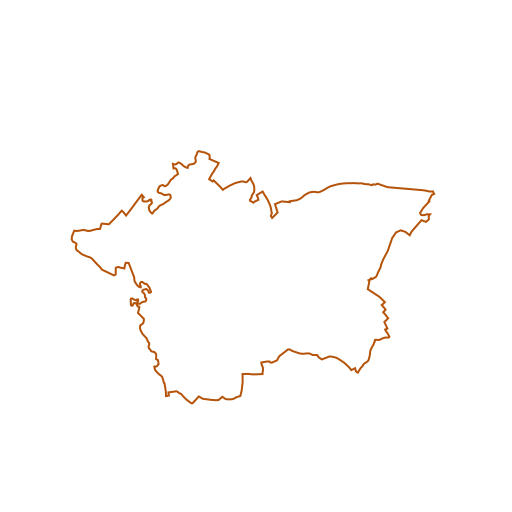 Secuieni, Harghita, Romania (orthographic projection), rotated 131°
{"feature_id": "2599482B24162569897100", "entity_name": "Secuieni", "entity_type": "district", "adm_level": 2, "iso_a3": "ROU", "parent_name": "Romania", "parent_adm1": "Harghita", "projection": "orthographic", "projection_center": [24.945, 46.276], "detail": "fine", "context": "isolated", "style": "outline", "palette": "amber", "viewbox_px": 512, "rotation_deg": 131, "n_neighbors": 0, "source": "geoboundaries", "source_scale": "gbopen_adm2", "svg_char_len": 6136}
<svg xmlns="http://www.w3.org/2000/svg" viewBox="0 0 512 512"><g transform="rotate(131 256 256)"><path d="M290.9,138.5L283.6,134.6L281.9,132.3L280.1,128.6L279.3,124.4L278.7,119.5L278.9,112.8L279.6,109.2L275.7,107.6L277.4,105.1L277.5,103.5L277.0,102.5L275.4,103.0L271.8,103.5L269.0,103.4L266.9,103.8L262.3,102.7L261.0,102.7L258.5,103.8L255.7,105.3L253.3,107.1L251.6,107.9L248.7,108.7L245.3,109.3L244.2,110.0L242.8,110.1L241.8,111.0L241.1,111.1L238.4,107.8L235.8,106.8L232.5,104.8L231.4,103.3L230.6,102.5L229.7,102.2L229.4,102.4L227.8,106.5L227.4,108.9L226.8,110.3L224.6,109.2L222.6,113.6L221.7,115.7L221.3,115.9L219.0,115.5L216.2,115.5L215.7,118.4L215.4,119.6L215.0,123.1L211.5,123.0L211.0,125.4L210.5,129.0L208.1,128.6L206.3,128.5L205.9,134.1L205.9,136.5L207.7,149.9L200.9,153.7L200.5,155.2L198.2,154.0L197.7,154.7L197.3,154.4L197.7,153.7L197.6,153.4L195.7,152.6L194.2,152.1L192.7,151.8L191.5,152.0L187.8,153.3L182.6,154.6L180.8,155.8L175.3,157.7L165.4,160.0L153.1,165.0L146.3,165.8L141.7,163.6L139.8,159.2L139.5,153.6L135.5,154.6L120.4,154.6L118.8,150.2L115.7,149.6L114.8,149.7L112.3,152.0L110.4,152.0L112.4,154.4L114.6,155.7L116.4,157.7L116.7,158.6L115.8,160.4L110.3,161.3L101.0,161.0L101.0,161.8L94.5,163.4L92.3,162.3L91.2,165.0L93.2,166.9L95.8,171.6L97.0,173.4L117.5,201.5L118.3,203.2L121.7,211.8L122.0,211.8L124.0,212.9L125.0,214.6L126.2,214.8L126.9,215.5L127.4,216.9L128.1,218.2L129.5,219.9L130.6,221.5L131.6,223.6L132.2,224.4L133.3,225.5L136.5,229.6L141.6,235.3L144.2,237.9L147.6,240.9L153.9,245.2L156.7,246.5L161.7,248.1L166.1,250.0L167.5,251.2L168.8,253.4L170.3,255.2L173.2,257.5L177.9,259.2L183.1,260.0L187.0,261.7L192.6,266.5L193.2,265.8L197.9,272.4L204.4,275.7L209.0,268.2L216.7,268.8L216.0,271.1L213.2,272.2L212.1,273.9L210.9,275.1L209.5,277.0L208.5,278.6L206.2,283.5L204.9,287.2L204.6,288.7L203.0,293.3L209.6,295.4L210.7,292.9L212.0,291.0L215.3,292.5L217.5,293.0L217.7,294.3L218.2,296.9L217.3,297.5L214.9,297.7L214.4,298.2L212.8,298.9L209.1,299.4L207.6,300.3L205.1,302.6L204.2,303.9L203.5,305.0L201.9,309.3L200.8,311.3L205.8,311.4L206.6,311.7L207.0,312.0L208.2,314.6L209.7,316.2L214.5,319.5L220.1,322.0L226.5,324.2L227.8,324.4L227.2,329.1L226.7,337.5L228.2,337.6L228.8,341.8L223.5,342.9L217.8,343.7L217.3,344.0L214.0,344.2L210.3,345.2L213.3,354.8L212.1,355.5L210.4,357.3L210.3,357.7L210.4,358.9L211.7,363.2L212.3,363.8L214.5,368.1L215.2,368.3L216.2,368.3L218.0,367.4L220.4,366.9L221.6,366.3L222.3,365.7L223.5,364.0L224.3,363.4L225.0,363.2L226.9,363.3L228.5,364.3L230.2,365.9L231.1,366.3L232.0,366.4L233.3,366.1L234.3,365.4L235.2,367.2L235.6,369.5L235.5,372.7L235.8,374.7L236.0,375.3L236.3,375.9L236.9,376.2L238.2,376.2L239.5,376.7L240.5,377.8L241.0,379.1L244.0,375.7L243.0,374.9L242.6,373.7L242.9,372.5L243.2,371.8L244.7,369.6L245.2,368.7L245.8,368.7L249.5,369.8L251.7,369.5L253.4,370.1L254.7,370.2L259.5,369.5L261.7,369.8L262.7,370.2L263.2,370.7L263.4,371.4L263.4,372.3L263.7,373.0L265.2,374.0L266.4,374.4L267.5,374.4L271.1,373.2L271.8,372.5L272.1,371.6L271.9,370.5L271.3,369.5L270.8,368.2L270.3,365.6L270.0,364.9L269.4,364.3L266.6,362.1L266.2,361.3L266.3,360.5L267.0,359.5L267.8,358.7L268.8,358.3L271.2,358.4L272.5,358.7L273.6,359.2L276.6,359.8L280.8,361.5L281.9,361.8L285.3,361.6L288.2,362.4L289.4,362.4L291.8,362.0L292.2,362.6L292.2,363.3L291.7,365.9L291.3,366.9L289.6,368.8L288.9,369.3L287.9,369.6L285.1,369.2L284.0,369.5L283.6,370.1L283.4,371.1L282.6,371.4L282.3,371.7L282.3,372.3L282.8,372.9L284.1,373.4L284.9,373.3L286.0,373.8L287.6,375.4L288.7,377.0L288.7,377.8L288.4,378.2L286.4,380.1L285.9,380.2L285.5,379.3L285.3,379.2L284.8,381.8L284.8,382.5L300.7,381.2L310.7,380.6L309.9,384.9L309.9,387.1L315.5,387.1L328.4,387.8L328.7,388.0L332.2,393.0L332.6,393.6L332.9,393.7L337.9,391.5L339.8,393.5L342.2,395.3L346.4,398.1L347.0,399.0L347.9,400.0L348.1,400.9L349.3,402.9L350.7,404.4L352.4,405.6L355.0,408.0L356.1,409.8L361.4,408.0L362.5,407.4L364.3,406.0L365.0,404.5L365.3,403.6L364.7,401.7L364.5,400.1L364.7,399.4L365.0,399.0L366.6,398.4L368.3,397.1L369.3,395.0L369.1,393.8L368.9,388.4L367.1,383.0L366.0,380.6L365.6,378.2L366.4,371.1L366.7,366.5L367.4,363.3L363.8,350.4L361.9,349.8L356.9,354.1L354.4,352.6L354.1,351.4L351.8,347.2L348.6,349.0L346.6,349.9L344.8,347.5L352.2,333.6L352.9,333.2L354.8,330.9L355.7,327.8L356.1,325.8L356.0,323.9L355.3,322.5L354.5,323.0L353.5,325.2L352.3,325.7L351.0,325.7L350.2,324.9L350.0,321.6L349.2,320.9L348.9,319.8L349.9,315.4L350.8,313.9L351.4,312.5L352.1,311.6L353.0,311.8L353.9,312.6L353.6,313.5L352.9,314.6L352.8,316.0L352.9,317.2L355.6,319.0L357.1,318.9L357.8,318.0L357.6,316.3L358.0,314.8L358.8,313.8L360.0,312.7L360.0,311.6L360.5,310.5L361.7,309.7L362.9,309.7L364.8,311.2L366.2,311.9L368.1,312.2L369.1,313.4L369.2,314.6L368.8,315.3L367.6,315.4L366.6,315.9L366.2,316.7L366.8,317.2L368.2,317.5L368.6,318.5L369.4,321.8L370.3,322.4L371.1,322.0L374.8,318.5L375.2,317.8L374.9,316.9L373.9,316.7L371.9,317.4L370.9,316.5L370.6,315.1L370.9,313.9L371.7,312.3L370.9,311.3L371.1,310.4L376.4,307.7L377.0,299.4L378.6,298.1L380.8,297.0L384.4,297.8L386.9,295.9L388.4,292.9L389.2,290.7L389.6,287.5L389.8,285.1L390.4,283.4L391.5,281.4L391.8,279.5L392.9,278.5L394.9,277.7L395.9,276.1L396.1,274.2L396.6,272.9L396.2,271.4L395.7,270.8L395.2,270.0L395.3,267.6L396.0,266.5L399.4,263.7L398.9,261.6L401.5,258.6L403.8,258.5L404.7,258.7L405.5,259.4L405.9,260.1L406.3,260.2L406.8,259.2L407.4,258.7L408.3,257.0L408.6,254.9L408.9,251.2L408.6,249.3L408.8,247.4L412.3,241.9L412.1,241.6L414.1,239.1L417.6,235.0L419.3,233.3L420.8,232.0L418.5,230.2L416.4,232.6L410.2,227.2L409.9,225.7L409.9,224.1L409.2,222.2L409.7,218.9L410.0,214.5L409.6,208.3L408.8,207.3L399.5,207.0L398.7,202.6L394.5,196.2L391.2,191.7L389.3,189.8L384.4,189.1L384.1,186.7L383.8,184.8L381.4,181.7L379.4,179.8L377.5,178.8L375.7,178.3L371.9,176.0L367.2,178.4L360.0,183.3L353.9,188.7L350.4,184.9L347.0,180.2L340.8,173.6L339.7,174.6L337.6,175.8L335.8,177.5L334.0,180.9L332.9,182.1L329.0,179.0L326.8,176.7L327.0,175.3L326.0,174.0L321.0,171.7L316.3,172.7L305.4,170.5L304.4,169.2L303.8,166.2L300.9,159.1L299.0,156.4L295.2,152.7L294.3,151.3L293.6,148.4L290.5,144.6L291.1,143.4L291.3,142.0L290.9,138.5Z" fill="none" stroke="#b45309" stroke-width="2"/></g></svg>